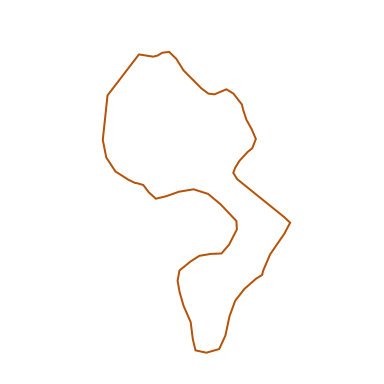 SVG path tracing the border of Kourwéogo, rotated 323°
{"feature_id": "BFA-2813", "entity_name": "Kourwéogo", "entity_type": "Province", "adm_level": 1, "iso_a3": "BFA", "parent_name": "Burkina Faso", "parent_adm1": "", "projection": "natural_earth1", "projection_center": [-1.818, 12.584], "detail": "fine", "context": "isolated", "style": "outline", "palette": "amber", "viewbox_px": 384, "rotation_deg": 323, "n_neighbors": 0, "source": "natural_earth", "source_scale": "10m", "svg_char_len": 948}
<svg xmlns="http://www.w3.org/2000/svg" viewBox="0 0 384 384"><g transform="rotate(323 192 192)"><path d="M178.5,258.8L189.9,256.4L205.3,248.9L210.0,241.9L207.4,218.9L203.7,203.2L194.9,190.8L181.7,183.9L168.7,179.8L159.1,175.6L157.3,166.3L157.3,157.1L153.8,152.4L151.9,150.4L148.6,144.0L143.2,129.5L144.3,112.9L152.1,96.7L182.7,64.0L232.4,50.2L242.5,60.6L246.6,62.3L252.0,62.9L258.1,66.3L259.6,76.4L258.4,89.7L261.9,115.1L264.3,123.3L268.7,127.5L281.3,130.7L284.3,138.4L284.5,152.2L282.3,157.2L278.9,167.2L277.5,177.6L274.9,188.1L266.5,193.3L260.5,193.5L248.9,195.6L241.3,198.5L236.5,201.5L235.8,208.9L250.5,267.5L251.9,275.6L240.6,280.9L216.9,288.8L201.4,297.7L198.2,300.4L190.9,299.8L175.7,300.9L161.1,304.8L147.2,313.8L132.2,326.8L119.2,333.8L106.8,329.0L99.5,320.6L104.0,310.2L112.7,295.0L116.8,277.7L121.9,264.4L127.0,254.3L134.8,247.1L149.1,246.6L159.4,247.4L169.7,252.7L178.5,258.8Z" fill="none" stroke="#b45309" stroke-width="2"/></g></svg>